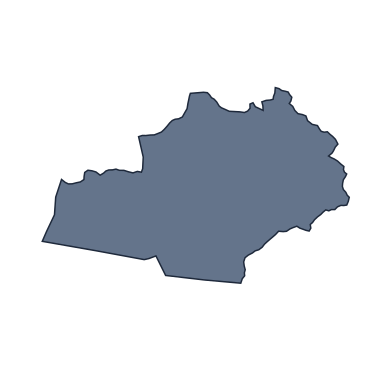 Capela, Sergipe, Brazil (Albers equal-area conic projection), rotated 81°
{"feature_id": "56859067B50452585755721", "entity_name": "Capela", "entity_type": "district", "adm_level": 2, "iso_a3": "BRA", "parent_name": "Brazil", "parent_adm1": "Sergipe", "projection": "albers", "projection_center": [-37.055, -10.484], "detail": "fine", "context": "isolated", "style": "filled", "palette": "slate", "viewbox_px": 384, "rotation_deg": 81, "n_neighbors": 0, "source": "geoboundaries", "source_scale": "gbopen_adm2", "svg_char_len": 2158}
<svg xmlns="http://www.w3.org/2000/svg" viewBox="0 0 384 384"><g transform="rotate(81 192 192)"><path d="M107.0,84.3L105.8,87.5L103.5,89.9L101.9,93.4L107.2,94.7L110.3,96.5L113.1,97.4L113.4,100.4L113.1,104.5L113.9,108.9L118.0,108.5L122.5,109.0L120.4,112.1L117.7,116.1L113.4,117.8L114.2,121.0L118.4,121.6L120.8,124.4L121.7,127.8L120.3,132.3L118.1,142.6L115.7,146.2L113.4,149.8L111.4,151.7L107.0,153.5L103.8,155.6L101.9,158.0L98.8,159.5L96.3,161.3L95.3,165.0L94.3,178.2L96.9,179.5L100.1,180.7L104.0,182.2L108.9,183.8L112.5,186.7L116.4,189.8L117.6,193.7L117.5,197.3L118.3,200.3L120.3,203.2L123.2,206.4L125.9,209.7L128.0,212.8L128.8,216.2L129.7,220.3L129.2,224.3L129.0,228.8L128.4,232.2L129.0,236.1L149.9,234.7L161.3,237.1L164.5,238.9L163.1,242.8L163.9,247.3L162.1,251.6L160.0,255.8L159.2,260.4L157.5,263.5L157.7,267.2L157.2,270.7L157.8,273.8L159.5,276.3L161.0,280.1L157.2,283.7L155.4,287.5L154.2,291.4L155.9,294.9L159.6,296.1L162.8,296.8L164.6,300.7L164.8,304.8L165.2,309.0L164.7,312.8L162.7,315.7L159.2,318.9L175.7,327.4L193.0,331.4L208.2,341.8L217.3,347.6L235.1,295.7L251.3,249.8L251.0,245.0L249.5,237.6L270.3,231.1L280.9,193.2L289.7,158.1L285.5,155.9L283.0,153.1L280.0,152.9L277.1,151.6L273.2,152.0L269.1,151.9L265.2,149.9L263.1,146.2L261.7,141.9L260.0,138.8L259.5,135.1L257.5,131.3L254.9,128.6L252.9,125.6L250.6,121.9L248.9,119.1L247.1,116.2L244.3,112.6L245.4,108.1L245.6,104.8L243.8,101.0L243.0,97.9L242.2,93.8L244.6,91.1L246.3,87.9L247.7,85.4L248.9,82.4L246.3,80.3L242.6,80.3L240.9,77.6L238.6,75.4L236.2,71.9L234.4,68.4L232.4,65.7L230.6,62.7L232.0,59.8L231.2,57.1L231.7,53.7L229.4,50.6L228.5,47.0L229.1,44.2L229.1,41.2L225.7,39.1L221.8,37.5L219.5,39.2L216.4,40.1L213.3,42.1L210.1,42.6L207.1,41.9L203.6,40.6L200.9,38.1L198.4,36.4L196.3,38.3L193.6,38.9L190.6,38.0L187.4,40.9L184.2,43.4L181.6,46.4L179.7,49.3L177.8,51.5L175.4,47.5L173.3,45.7L170.1,43.5L167.5,40.4L162.4,42.1L159.0,44.5L156.6,46.7L153.7,48.9L153.6,52.1L152.3,54.9L149.8,56.2L146.0,57.7L144.0,62.7L139.6,66.7L134.7,67.6L132.8,70.8L131.2,75.1L127.5,77.7L123.2,79.1L119.8,82.1L117.6,80.1L114.0,78.6L111.0,80.4L108.3,81.4L107.0,84.3Z" fill="#64748b" stroke="#1e293b" stroke-width="1.5"/></g></svg>